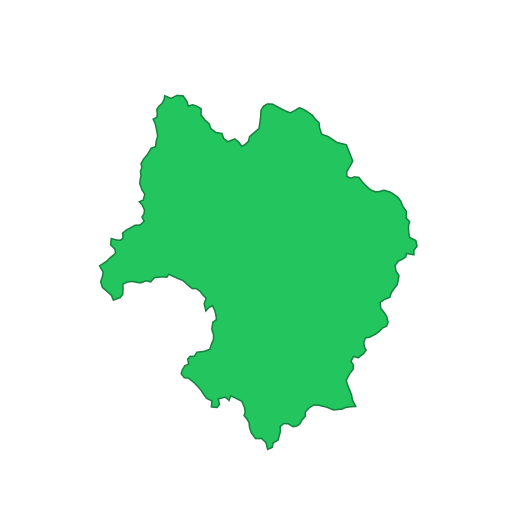 Jundiaí, São Paulo, Brazil (Robinson projection), rotated 131°
{"feature_id": "56859067B11447727870943", "entity_name": "Jundiaí", "entity_type": "district", "adm_level": 2, "iso_a3": "BRA", "parent_name": "Brazil", "parent_adm1": "São Paulo", "projection": "robinson", "projection_center": [-46.901, -23.201], "detail": "fine", "context": "isolated", "style": "filled", "palette": "green", "viewbox_px": 512, "rotation_deg": 131, "n_neighbors": 0, "source": "geoboundaries", "source_scale": "gbopen_adm2", "svg_char_len": 3438}
<svg xmlns="http://www.w3.org/2000/svg" viewBox="0 0 512 512"><g transform="rotate(131 256 256)"><path d="M194.9,430.0L198.5,427.9L202.5,427.0L206.7,427.5L210.4,427.0L213.3,424.0L216.3,421.8L220.2,423.4L222.0,419.4L225.4,414.5L230.1,408.8L235.1,406.5L239.4,403.5L243.4,405.9L250.5,404.5L256.8,404.4L261.8,403.3L264.1,400.1L267.8,398.9L270.8,395.5L274.2,393.6L277.7,391.2L280.8,385.6L282.4,380.4L287.8,377.8L291.7,379.7L292.1,375.4L294.5,370.3L297.4,368.3L301.5,367.6L303.0,363.3L308.6,363.8L312.2,367.5L316.8,369.1L321.4,370.9L326.3,371.7L329.8,368.0L333.1,368.7L335.4,371.7L337.8,376.7L343.0,373.0L343.4,366.8L346.2,363.8L349.9,364.4L353.6,365.0L357.7,365.3L361.2,366.2L366.1,367.6L368.5,360.7L372.3,358.4L377.4,356.3L380.5,351.3L380.5,345.4L380.6,339.2L382.9,334.7L376.5,331.2L372.3,331.5L368.0,334.8L364.7,337.9L360.4,336.3L356.4,332.7L354.6,329.5L352.0,325.4L346.7,322.6L344.7,318.5L339.1,318.5L333.8,313.7L330.5,309.4L327.0,309.8L325.7,305.1L324.2,300.1L322.4,294.9L322.6,287.0L322.4,282.6L319.8,279.8L319.3,274.7L320.3,270.5L320.5,266.0L325.9,263.9L330.4,257.8L325.9,257.8L322.0,256.3L324.1,251.6L326.7,247.7L329.9,244.2L334.3,245.1L340.2,241.4L343.4,236.2L347.0,233.3L351.5,231.9L356.8,229.7L361.8,232.4L367.4,237.5L372.1,236.7L375.0,239.9L378.6,239.9L381.7,236.0L385.7,237.7L390.3,236.9L394.0,235.2L394.9,230.2L392.6,227.2L392.2,220.5L392.7,213.7L393.5,209.0L394.6,205.2L395.9,200.0L394.3,194.2L399.2,190.7L395.9,186.0L391.9,186.2L388.6,190.7L382.7,186.6L382.7,181.6L378.2,183.4L376.9,179.1L375.0,171.5L377.7,165.6L380.9,161.8L384.3,160.3L384.9,156.4L386.2,152.1L389.8,148.2L392.6,143.4L394.1,136.6L390.1,132.0L390.3,126.1L394.3,120.3L389.8,118.2L385.9,120.3L380.4,118.6L376.1,120.7L372.3,122.5L369.1,125.8L364.5,125.3L361.5,121.7L360.5,116.0L357.6,113.7L354.2,112.8L349.4,113.7L344.5,113.7L341.2,116.5L335.7,116.2L330.7,114.8L327.5,110.8L325.6,107.0L323.7,103.5L321.3,96.4L317.8,93.2L315.1,90.6L311.4,88.9L307.3,85.3L304.1,82.0L301.5,88.6L298.3,92.6L295.6,97.5L293.4,102.0L290.8,106.3L286.4,107.4L282.6,108.2L277.9,108.3L274.5,110.7L273.1,115.2L267.9,116.5L265.7,112.0L258.9,110.8L254.9,111.1L253.3,114.9L250.4,118.0L245.9,119.7L242.8,117.0L236.2,114.4L231.1,113.3L227.7,113.4L223.2,111.5L219.4,112.8L215.9,117.7L214.4,122.7L213.7,127.3L209.8,131.8L204.4,130.5L199.5,127.9L194.9,129.8L190.8,130.3L185.0,130.7L181.1,132.7L177.0,135.3L175.5,140.4L172.1,144.8L166.4,145.2L162.1,143.3L158.4,142.4L155.4,144.1L151.5,137.6L148.0,140.7L143.0,140.8L139.4,145.6L141.2,152.3L137.7,156.6L133.2,160.7L129.3,162.6L128.8,167.4L123.7,171.7L122.1,178.0L119.5,183.0L118.7,187.3L119.0,192.1L119.7,196.6L122.4,202.6L126.7,205.4L129.2,208.0L130.9,213.0L130.9,219.4L130.3,224.4L129.2,230.1L131.8,233.7L135.3,235.6L136.2,239.7L132.9,242.8L128.8,243.6L125.1,244.2L120.8,245.3L118.0,250.7L115.4,255.7L112.8,260.8L115.3,265.8L117.2,269.2L117.7,274.0L118.6,280.1L121.0,286.3L117.7,291.9L114.1,295.8L113.9,300.6L112.8,305.9L113.5,312.4L114.3,316.8L115.6,320.5L120.6,322.1L125.5,324.1L126.8,327.8L128.0,332.2L129.4,337.9L130.5,343.1L133.8,347.2L137.9,348.6L142.8,347.8L148.1,343.7L153.1,340.3L158.0,337.4L163.8,338.3L170.1,339.2L174.4,336.9L178.7,337.4L182.6,338.5L181.3,343.9L181.6,348.9L188.2,352.3L188.5,357.5L185.9,362.2L189.1,367.3L189.5,373.7L186.9,378.2L186.9,383.6L185.6,389.9L180.9,394.0L181.6,398.5L183.4,403.0L187.3,405.6L184.6,409.5L183.0,416.2L186.7,421.0L192.8,423.5L194.9,430.0Z" fill="#22c55e" stroke="#15803d" stroke-width="1.5"/></g></svg>